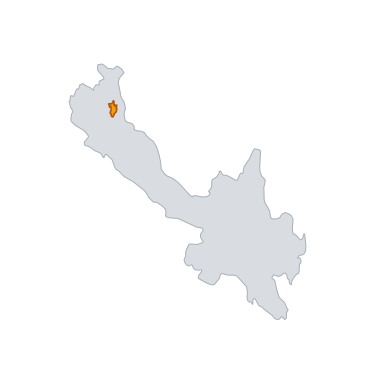 Bachiangchaleunsook, Champasak, Laos shown in context, rotated 164°
{"feature_id": "54806243B89644559951637", "entity_name": "Bachiangchaleunsook", "entity_type": "district", "adm_level": 2, "iso_a3": "LAO", "parent_name": "Laos", "parent_adm1": "Champasak", "projection": "equal_earth", "projection_center": [105.973, 15.25], "detail": "fine", "context": "in_parent", "style": "filled", "palette": "amber", "viewbox_px": 384, "rotation_deg": 164, "n_neighbors": 0, "source": "geoboundaries", "source_scale": "gbopen_adm2", "svg_char_len": 5729}
<svg xmlns="http://www.w3.org/2000/svg" viewBox="0 0 384 384"><g transform="rotate(164 192 192)"><path d="M147.5,47.9L148.8,51.1L155.4,59.9L156.5,62.3L158.9,64.1L160.8,71.9L161.7,72.4L162.8,71.8L163.6,70.7L164.3,67.7L164.8,67.4L165.5,69.9L167.4,70.6L168.2,71.7L168.4,73.6L168.1,75.5L166.5,79.9L165.6,85.9L171.9,98.7L174.6,100.5L181.1,102.5L185.4,105.4L187.5,104.7L189.4,101.5L191.8,99.7L196.1,97.0L197.4,96.9L199.8,97.9L203.7,101.1L209.6,107.1L209.4,108.7L208.3,110.2L205.1,112.6L204.1,114.1L204.7,114.7L207.4,115.1L210.5,116.4L211.5,118.0L212.0,121.6L212.5,122.2L215.5,121.8L216.4,122.3L217.4,123.5L218.4,126.4L218.4,128.7L215.5,132.6L215.1,134.9L213.6,137.7L209.6,142.4L208.6,142.7L201.3,140.1L195.4,140.5L194.9,141.4L195.9,144.3L196.2,147.1L195.3,149.2L191.9,152.0L191.8,153.2L192.4,154.5L197.3,157.0L212.9,170.5L220.0,173.1L223.1,174.8L223.9,175.7L223.9,176.9L223.0,178.4L222.4,181.1L222.3,182.7L223.1,184.2L224.3,186.5L228.7,191.7L231.9,192.9L235.2,198.8L236.2,204.0L237.9,207.3L246.0,218.5L252.8,225.3L256.8,232.8L258.8,234.4L259.4,237.1L259.9,245.0L262.3,248.9L262.8,250.5L263.8,251.6L264.9,251.9L267.3,249.3L267.8,249.7L268.9,253.8L269.9,255.3L273.5,257.9L277.3,262.8L279.4,264.7L281.9,266.1L282.3,267.7L281.8,269.3L281.0,270.3L276.6,273.2L276.0,274.4L278.9,280.8L286.3,288.8L288.7,293.5L288.2,295.8L286.1,300.4L284.6,301.6L284.2,303.1L285.4,306.9L285.2,312.7L283.8,314.1L282.5,317.6L281.6,317.9L279.4,316.6L274.6,322.7L272.6,322.4L270.2,325.9L267.1,326.3L265.0,323.8L260.5,319.7L258.8,317.1L257.4,319.3L255.0,321.4L251.7,320.7L250.8,323.7L250.1,324.3L246.0,324.8L245.3,325.3L245.9,328.1L248.3,332.9L249.1,335.6L247.6,340.1L243.4,339.9L241.5,338.1L239.1,334.3L233.7,331.8L230.1,333.6L229.0,333.5L226.2,330.3L225.2,328.2L224.6,325.2L228.8,322.7L230.8,320.8L232.2,318.8L232.8,316.7L233.5,307.9L234.1,304.8L233.7,300.9L232.6,297.9L232.6,293.5L233.2,289.8L234.8,288.0L235.9,285.4L236.5,279.5L236.0,278.0L234.5,276.6L231.9,275.2L230.3,273.5L229.6,271.4L229.7,269.6L230.5,268.0L228.5,266.3L223.8,264.3L221.2,262.0L220.6,259.3L218.7,255.8L215.3,251.4L213.6,245.1L213.4,236.9L213.8,230.2L215.3,222.4L213.3,216.9L211.2,213.9L208.2,211.7L205.3,208.6L202.6,204.6L199.4,198.6L195.6,190.7L193.1,187.2L191.8,188.0L189.1,187.3L184.9,185.0L181.3,183.8L178.1,183.6L176.1,184.1L175.2,185.3L175.1,186.5L175.9,187.7L175.4,188.6L173.8,189.3L172.5,190.6L171.0,193.4L170.0,197.2L168.4,198.7L166.0,199.0L163.7,200.1L161.3,202.0L160.2,203.4L160.4,204.3L159.9,204.5L158.7,204.0L158.2,202.7L158.3,200.8L157.1,199.4L154.7,198.8L152.0,196.6L146.8,191.2L145.6,190.9L143.8,192.4L141.6,195.4L139.7,196.6L138.2,196.0L137.1,197.1L136.3,199.9L134.8,202.1L127.7,208.0L121.3,215.6L119.7,216.2L115.9,214.1L114.7,212.6L120.1,197.1L120.9,193.3L120.8,188.3L118.6,184.2L118.5,183.0L118.9,181.7L121.6,176.9L124.8,164.5L124.7,160.6L123.4,156.4L122.7,152.4L123.3,146.9L123.1,144.8L121.7,143.8L116.9,142.7L114.1,143.6L112.8,145.0L111.1,146.0L108.1,146.5L105.2,144.6L102.9,141.5L102.4,137.7L105.5,129.4L106.2,126.2L106.2,124.7L105.7,123.2L104.9,123.0L103.4,121.0L102.0,117.6L100.6,116.0L99.3,116.3L98.0,117.6L96.0,120.9L95.3,120.4L97.3,109.1L99.0,104.2L101.0,102.0L103.1,101.1L105.3,101.4L107.1,101.0L108.6,99.8L108.5,99.1L106.7,99.0L106.0,97.7L106.4,95.3L107.2,93.7L108.4,93.0L109.6,90.5L110.8,86.4L112.2,84.3L113.8,84.2L116.6,82.5L120.5,79.0L122.0,75.6L123.5,77.1L122.9,81.1L123.7,81.9L124.0,83.3L123.8,85.5L124.1,87.3L124.7,88.2L125.5,88.7L129.7,87.1L132.2,87.0L136.3,89.9L138.8,87.7L138.8,86.9L136.8,84.2L137.5,74.3L137.3,66.7L134.0,61.2L133.3,58.9L133.0,55.3L132.1,52.2L134.6,49.7L135.9,45.1L137.6,43.9L138.2,44.1L140.2,47.6L142.9,45.8L144.9,45.9L146.6,46.8L147.5,47.9Z" fill="#d9dde1" stroke="#a8b0b8" stroke-width="1"/><path d="M248.8,290.7L248.7,290.7L248.6,290.4L248.6,290.2L248.5,289.8L248.4,289.6L248.5,289.5L248.6,289.2L248.4,288.8L248.3,288.7L248.2,288.6L248.2,288.4L248.2,288.2L248.3,288.0L248.3,287.9L248.5,287.7L248.7,287.4L248.6,287.2L248.4,287.1L248.3,286.9L248.3,286.7L248.2,286.6L248.0,286.4L247.9,286.3L247.8,286.2L247.7,286.1L247.4,286.0L247.2,286.0L247.0,286.3L246.9,286.3L246.8,286.5L246.7,286.6L246.4,286.8L246.3,287.0L246.2,287.2L246.2,287.3L245.9,287.4L245.8,287.5L245.7,287.6L245.5,287.9L245.4,288.0L245.2,288.4L245.2,288.6L245.1,288.8L244.9,288.9L244.8,289.0L244.7,289.0L244.4,289.0L244.2,289.1L243.9,289.2L243.6,289.3L243.3,289.6L243.1,289.8L242.9,289.9L242.8,290.0L242.7,290.0L242.5,290.3L242.5,290.5L242.4,290.5L242.4,290.8L242.4,291.0L242.0,291.6L241.6,291.9L241.4,292.1L241.3,292.3L241.3,292.8L241.4,293.3L241.5,293.5L241.7,293.8L241.6,294.0L241.4,294.2L241.2,294.4L241.1,294.5L240.9,294.8L240.8,295.0L240.7,295.3L240.5,296.3L241.5,296.2L241.4,296.1L241.5,296.0L241.7,295.9L241.7,296.0L241.8,296.0L242.0,296.0L242.3,296.0L242.5,296.2L242.6,296.3L242.7,296.5L242.7,296.8L242.8,296.8L242.8,297.0L242.7,297.2L242.7,297.3L242.8,297.5L242.7,297.5L242.8,297.6L242.8,297.8L242.7,297.9L242.7,298.0L242.6,298.3L242.5,298.5L242.4,299.3L242.1,300.2L242.1,300.4L242.0,300.5L242.1,300.8L242.2,301.0L242.3,301.2L242.3,301.3L242.5,301.4L242.6,301.1L242.8,300.7L243.0,300.6L243.2,300.4L243.5,300.2L243.7,299.9L243.9,299.8L244.0,299.7L244.8,299.1L245.0,299.1L245.3,299.0L245.5,299.0L245.8,299.1L246.9,299.6L247.1,299.6L247.3,299.6L247.6,299.6L247.8,299.6L247.8,299.1L247.8,298.0L247.8,297.0L247.8,296.7L247.4,297.1L247.2,297.1L246.9,297.1L246.7,297.0L246.6,296.9L246.5,296.7L246.4,296.6L246.4,296.1L246.4,295.9L246.7,295.3L246.8,295.1L246.8,294.9L246.9,294.6L246.9,294.4L247.0,294.3L247.0,294.1L247.1,293.4L247.1,293.1L247.3,292.8L247.5,292.6L247.6,292.4L247.8,292.3L247.9,292.2L248.0,292.2L248.1,291.9L248.2,291.7L248.3,291.5L248.3,291.4L248.5,291.3L248.5,291.2L248.7,290.9L248.8,290.7Z" fill="#f59e0b" stroke="#b45309" stroke-width="1.5"/></g></svg>